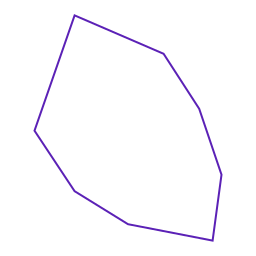 map outline of Balzan (Albers equal-area conic projection)
{"feature_id": "MLT-5930", "entity_name": "Balzan", "entity_type": "state/province", "adm_level": 1, "iso_a3": "MLT", "parent_name": "Malta", "parent_adm1": "", "projection": "albers", "projection_center": [14.452, 35.895], "detail": "fine", "context": "isolated", "style": "outline", "palette": "violet", "viewbox_px": 256, "rotation_deg": 0, "n_neighbors": 0, "source": "natural_earth", "source_scale": "10m", "svg_char_len": 228}
<svg xmlns="http://www.w3.org/2000/svg" viewBox="0 0 256 256"><path d="M74.6,15.4L163.6,53.8L199.2,108.8L221.5,174.7L212.6,240.6L128.0,224.2L74.6,191.2L34.5,130.7L74.6,15.4Z" fill="none" stroke="#5b21b6" stroke-width="2"/></svg>